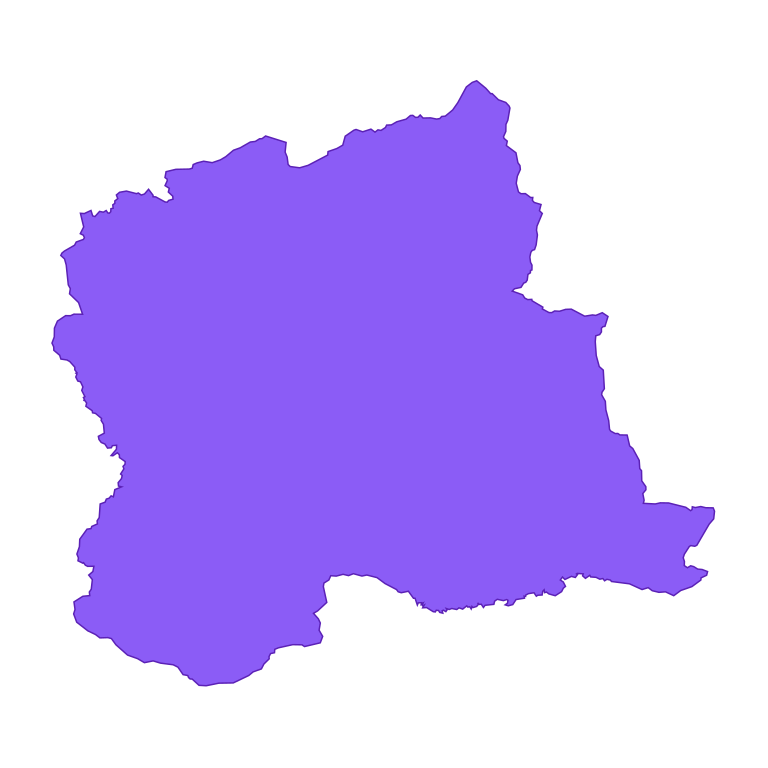 Loilen, Shan, Myanmar, rotated 271°
{"feature_id": "60261553B60770274813160", "entity_name": "Loilen", "entity_type": "district", "adm_level": 2, "iso_a3": "MMR", "parent_name": "Myanmar", "parent_adm1": "Shan", "projection": "mercator", "projection_center": [97.755, 21.29], "detail": "fine", "context": "isolated", "style": "filled", "palette": "violet", "viewbox_px": 768, "rotation_deg": 271, "n_neighbors": 0, "source": "geoboundaries", "source_scale": "gbopen_adm2", "svg_char_len": 6072}
<svg xmlns="http://www.w3.org/2000/svg" viewBox="0 0 768 768"><g transform="rotate(271 384 384)"><path d="M573.1,529.5L573.0,527.4L576.8,522.1L576.7,517.5L578.4,515.1L587.0,512.7L594.1,513.7L600.9,516.6L604.8,516.1L607.6,514.0L617.5,511.9L624.5,502.2L629.0,503.0L631.7,499.7L633.4,499.2L638.7,501.4L645.7,501.4L649.9,503.2L662.1,505.1L664.0,504.3L667.6,500.9L670.2,493.4L676.2,487.1L676.2,485.5L681.5,480.6L688.8,471.4L687.1,467.0L682.5,461.2L666.6,452.9L659.2,447.9L652.9,440.6L652.5,437.0L650.4,435.2L649.8,432.0L650.9,426.0L650.6,418.4L653.6,415.5L651.3,413.3L651.1,410.9L653.1,408.1L652.9,405.7L649.2,401.5L646.4,392.2L643.2,386.8L642.9,382.1L640.5,381.0L637.5,376.6L638.0,373.5L635.7,370.6L638.6,366.5L635.8,358.3L638.0,351.6L637.2,349.4L631.1,340.9L622.1,338.6L618.6,332.7L615.4,324.0L611.9,323.7L601.3,304.3L598.7,295.9L599.8,286.4L601.8,284.3L609.2,283.2L614.1,281.1L623.8,281.9L629.9,261.3L627.2,257.8L627.0,255.3L624.3,251.1L623.6,246.1L617.6,236.0L615.1,229.4L608.5,221.8L605.2,216.4L602.3,208.4L603.6,199.8L601.8,193.2L600.1,189.4L596.4,188.5L595.5,185.5L595.0,172.1L592.5,162.4L586.6,161.4L585.0,163.6L583.4,163.7L578.5,161.6L575.9,165.9L572.2,165.0L568.1,169.5L565.1,169.8L563.8,165.5L562.0,164.1L562.2,161.9L567.1,152.5L567.2,149.8L568.7,149.8L574.6,145.2L569.8,141.2L568.7,138.0L570.7,135.0L570.0,133.2L572.4,123.1L571.1,116.3L568.3,113.1L564.7,114.6L562.4,111.7L559.9,111.7L558.4,109.7L555.0,110.1L554.5,107.9L551.5,107.8L550.0,106.4L550.2,104.9L552.6,103.2L550.9,100.4L551.6,96.6L546.4,92.1L547.0,89.8L552.4,88.0L549.2,81.4L549.4,77.5L535.8,81.0L529.0,77.7L527.5,80.8L525.0,81.9L523.3,80.9L520.6,73.8L517.4,72.2L511.4,62.2L509.3,59.7L506.9,58.6L503.5,62.4L497.4,64.2L477.6,66.6L473.9,68.7L468.7,68.0L460.1,77.2L448.5,81.4L448.4,72.7L446.8,69.4L446.8,64.5L441.2,56.4L434.1,53.5L425.3,53.5L419.1,51.3L415.4,53.1L411.9,53.3L407.1,59.2L403.3,60.5L402.5,66.5L401.0,69.4L395.4,74.6L392.8,74.6L389.9,76.8L389.4,75.8L388.6,76.8L385.6,75.7L381.6,77.8L380.9,80.5L375.8,83.0L372.3,81.9L366.1,85.2L365.3,83.7L363.5,84.7L362.0,83.9L362.7,84.8L359.8,87.0L356.5,86.3L352.2,92.7L350.1,93.1L349.6,96.0L344.6,102.2L342.7,101.8L338.9,104.2L330.0,105.2L326.7,99.3L323.5,100.0L320.6,102.3L319.1,106.0L315.1,108.7L315.5,112.5L317.6,113.5L318.1,117.7L314.1,117.6L307.7,112.4L307.5,114.2L310.6,118.6L308.7,120.6L305.8,120.8L301.9,126.6L299.1,126.4L297.1,124.5L294.6,125.4L289.4,122.2L288.0,123.8L284.9,123.2L280.7,119.9L277.3,120.3L276.6,123.4L273.7,116.7L266.5,115.4L267.4,113.1L265.0,111.1L264.1,108.4L261.0,107.2L259.1,102.3L245.5,101.6L242.1,99.5L239.1,99.9L236.5,94.3L234.3,93.6L233.7,89.6L223.5,82.5L216.0,82.3L208.6,79.9L204.8,81.5L201.9,81.1L199.6,86.0L200.1,86.7L197.6,88.6L196.5,90.9L196.7,97.1L191.4,96.2L187.8,92.1L183.3,95.8L173.7,94.9L170.9,93.0L167.3,93.5L166.5,86.6L160.7,77.8L153.2,79.0L148.7,77.7L140.5,80.9L132.0,92.2L128.5,99.9L125.2,104.4L125.6,112.4L124.7,115.9L118.6,120.5L108.5,132.3L105.1,142.4L101.2,149.3L103.1,158.0L101.0,165.5L99.6,178.1L97.3,182.9L89.9,188.2L89.1,192.9L87.1,193.7L85.7,195.3L85.6,197.4L79.5,204.3L79.2,211.5L82.0,224.1L82.5,238.5L90.2,253.9L93.9,258.2L97.0,266.4L101.9,268.8L107.2,274.0L109.4,273.8L112.5,275.3L113.4,279.2L116.8,279.4L118.4,283.1L121.8,297.3L121.8,306.5L120.1,309.1L124.1,324.8L130.6,327.1L136.7,323.4L143.9,324.5L148.0,322.5L153.5,317.5L155.9,321.5L164.6,330.6L180.3,326.9L183.9,327.4L187.1,332.3L191.4,334.1L191.1,339.6L193.0,346.4L191.8,351.9L193.8,356.7L191.6,365.3L192.7,370.2L190.3,380.4L184.5,388.5L178.7,400.1L176.5,401.8L175.6,404.9L177.2,412.0L170.3,417.2L170.3,418.8L163.6,421.2L165.8,422.1L166.0,425.5L164.4,425.1L165.5,426.8L163.6,425.9L162.8,426.6L163.6,428.0L160.9,426.6L161.2,430.5L157.2,437.2L157.0,439.3L158.7,440.2L158.5,442.5L156.6,443.7L155.9,446.8L158.3,446.1L158.9,447.3L157.5,449.8L159.3,451.0L160.6,450.2L159.7,453.1L160.7,455.7L159.8,460.7L161.5,462.9L160.3,466.6L163.6,470.6L162.4,471.7L162.8,473.6L160.6,475.1L163.1,475.8L162.0,476.8L163.2,480.5L165.4,482.3L166.8,481.4L165.3,483.1L165.5,485.1L162.3,487.3L164.5,488.9L165.6,497.7L168.8,498.4L170.7,501.0L169.5,507.2L170.6,510.5L169.9,511.7L167.0,511.3L165.3,509.0L164.4,512.1L165.7,516.6L170.8,519.8L172.3,528.2L174.3,527.8L174.1,529.3L175.5,529.5L176.9,532.1L177.9,537.6L174.5,540.0L175.5,541.5L175.8,545.8L179.5,546.3L181.0,547.7L178.2,548.2L178.8,550.1L177.0,552.5L175.3,558.9L179.5,565.2L183.0,566.9L184.8,569.0L189.2,566.7L191.1,563.7L194.1,565.8L191.7,568.3L194.9,574.7L193.9,578.7L196.8,580.8L197.5,579.8L198.0,580.5L197.6,586.5L195.7,585.9L193.2,588.8L196.3,593.1L194.7,594.0L194.4,599.4L192.6,603.2L193.3,606.2L191.1,608.0L192.6,610.3L191.9,613.8L190.5,614.9L188.5,632.9L183.0,645.6L185.0,651.7L182.0,655.8L180.5,662.5L181.1,669.1L177.4,677.4L182.7,684.3L186.8,695.4L193.5,704.2L195.7,704.4L198.4,709.9L202.1,710.8L204.1,705.3L204.4,700.9L206.8,696.9L207.6,693.8L205.6,690.6L207.7,687.4L211.8,687.5L215.5,686.2L219.1,687.3L226.7,692.0L227.8,693.5L227.2,697.6L228.2,699.6L249.6,711.6L254.9,716.0L262.6,716.7L265.9,715.3L265.9,707.9L267.0,702.9L265.9,697.4L266.6,694.4L263.8,694.2L262.7,692.8L266.0,687.9L270.0,670.7L270.0,662.4L268.8,657.3L269.2,645.4L272.3,646.1L279.0,644.7L282.8,647.7L285.9,647.6L291.7,643.4L301.8,643.0L303.9,641.2L312.1,640.5L323.8,633.9L326.4,630.7L337.2,628.0L337.2,620.8L338.6,618.7L338.5,616.0L340.9,611.5L342.6,610.3L351.3,609.3L362.0,606.3L370.6,605.6L377.0,601.8L379.5,602.1L383.1,604.4L401.7,603.0L405.2,598.9L416.2,595.7L430.0,594.5L435.9,594.9L437.2,598.8L439.9,600.5L443.6,600.4L445.1,601.8L445.5,603.9L455.4,606.8L459.1,601.0L456.3,594.6L456.7,591.3L455.3,583.5L462.1,570.0L461.8,564.3L459.8,558.2L460.0,553.3L458.3,550.5L458.3,547.7L461.8,541.0L463.6,541.5L469.8,530.6L471.2,530.3L470.9,526.2L472.4,523.2L475.6,521.1L479.1,510.6L481.5,512.8L483.0,519.3L487.3,521.9L488.2,524.0L490.4,525.4L496.1,526.0L497.7,528.4L500.1,528.5L500.6,529.9L505.4,529.9L508.2,528.4L513.5,527.6L518.2,528.5L520.2,529.9L521.0,532.2L525.7,533.7L535.7,534.8L540.4,533.8L544.5,534.2L557.3,539.3L560.0,536.4L566.2,537.9L568.1,531.1L570.1,529.2L573.1,529.5Z" fill="#8b5cf6" stroke="#5b21b6" stroke-width="1.5"/></g></svg>